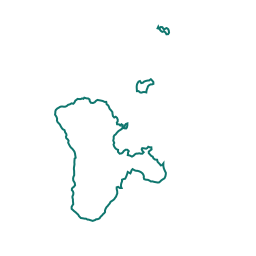 the district of Ilhabela, São Paulo, Brazil, rotated 318°
{"feature_id": "56859067B17407049512119", "entity_name": "Ilhabela", "entity_type": "district", "adm_level": 2, "iso_a3": "BRA", "parent_name": "Brazil", "parent_adm1": "São Paulo", "projection": "natural_earth1", "projection_center": [-45.279, -23.845], "detail": "fine", "context": "isolated", "style": "outline", "palette": "teal", "viewbox_px": 256, "rotation_deg": 318, "n_neighbors": 0, "source": "geoboundaries", "source_scale": "gbopen_adm2", "svg_char_len": 3945}
<svg xmlns="http://www.w3.org/2000/svg" viewBox="0 0 256 256"><g transform="rotate(318 128 128)"><path d="M124.3,124.5L124.7,123.1L126.0,122.4L125.6,120.8L123.9,120.9L123.8,119.4L122.4,117.9L123.4,116.4L124.6,116.3L125.9,115.0L126.6,113.2L126.4,111.4L124.8,111.0L124.8,109.0L126.1,106.9L127.0,105.8L127.2,103.7L127.2,101.4L127.8,99.9L128.4,98.0L128.0,96.1L129.3,94.0L128.1,93.0L127.3,91.0L126.0,89.2L125.0,87.9L124.1,86.7L122.3,86.4L120.5,86.6L118.7,86.0L117.3,84.4L117.6,82.4L118.5,81.0L118.2,79.5L116.9,78.1L115.8,76.2L114.4,76.5L113.7,75.3L112.3,74.9L111.0,73.8L110.0,72.6L108.6,72.6L107.2,72.4L105.3,73.2L103.6,73.4L102.5,71.9L100.6,71.5L99.0,70.7L97.4,70.7L95.9,70.3L94.7,69.4L93.8,68.3L92.7,67.3L91.5,66.8L90.2,66.6L88.5,66.2L86.4,66.3L85.2,67.0L84.0,68.2L82.7,69.3L82.5,70.8L82.2,72.2L81.5,73.7L80.2,74.9L79.6,76.6L79.7,78.4L79.7,79.9L79.2,81.6L78.8,83.5L78.7,85.2L79.4,87.1L78.4,89.2L78.2,91.0L77.5,92.2L76.0,93.0L75.3,94.4L75.6,96.2L75.3,97.7L73.7,98.9L73.1,101.0L72.7,102.7L72.5,104.2L72.7,106.1L72.6,107.8L72.4,109.6L71.6,111.4L70.4,113.2L69.2,115.1L67.9,115.0L66.4,116.4L65.1,117.7L64.0,119.1L62.7,120.2L61.4,121.2L60.3,122.3L59.3,123.8L57.8,125.5L56.4,127.1L54.9,127.7L53.5,128.7L52.2,130.4L51.7,133.1L50.4,135.1L48.4,135.5L46.9,135.3L45.7,135.6L44.7,136.6L44.7,138.2L44.0,139.7L42.7,140.9L41.0,141.6L40.1,142.6L39.3,144.2L38.2,145.4L37.3,146.7L36.3,148.0L35.0,148.3L33.3,148.9L32.0,150.4L32.2,152.0L32.3,153.6L32.7,155.7L32.8,157.3L33.0,159.0L32.6,160.8L32.7,163.3L34.1,165.0L35.1,166.4L36.1,167.3L36.6,168.9L37.5,169.8L38.6,171.7L39.6,173.4L40.8,173.9L42.0,174.4L43.2,174.5L44.5,175.5L46.4,176.1L48.3,175.6L50.4,175.6L51.8,175.3L53.2,175.4L54.7,175.1L55.7,173.9L57.4,173.0L59.3,172.4L60.6,172.4L61.9,172.1L63.7,171.9L65.7,171.2L67.6,171.5L69.2,171.7L70.5,171.6L71.9,171.2L73.2,171.0L74.5,170.3L76.2,169.5L77.8,167.6L78.8,165.7L79.9,164.5L81.3,165.1L81.7,167.0L83.1,168.3L83.7,166.7L84.6,165.7L86.0,164.6L87.8,163.7L89.0,162.4L90.7,163.1L92.0,163.8L94.2,162.9L96.3,161.8L98.4,160.5L99.4,163.3L100.8,162.7L102.3,161.8L103.9,161.6L104.6,163.9L105.3,165.1L106.4,166.2L107.4,167.8L108.1,169.6L108.4,171.5L108.1,173.1L107.5,174.5L106.5,175.4L105.8,176.9L106.8,178.5L108.1,179.8L108.8,181.5L109.2,183.0L110.5,184.1L111.5,185.7L112.5,187.0L113.5,188.3L114.6,189.2L116.3,189.3L117.7,189.2L119.2,189.4L121.4,189.8L123.5,188.9L125.1,187.7L126.1,186.7L126.8,184.3L127.6,182.0L128.9,179.8L130.6,178.0L128.5,178.4L127.3,177.7L127.5,176.1L127.4,174.5L127.4,172.8L128.4,171.1L127.0,169.6L126.6,167.7L127.2,165.8L126.6,164.3L126.6,162.7L126.6,160.6L127.7,159.4L129.1,159.5L131.1,159.7L132.4,158.0L131.3,157.0L130.5,155.5L128.9,155.8L127.6,155.5L126.2,153.7L125.1,152.5L124.0,152.9L123.4,154.5L123.4,156.5L121.5,156.7L120.2,155.5L119.4,154.3L118.2,153.6L116.9,152.5L115.4,152.2L113.6,152.3L111.8,151.9L110.9,149.6L109.7,148.0L110.8,147.1L111.8,146.1L113.1,145.7L113.0,143.8L111.8,142.6L110.5,142.4L109.3,142.3L107.8,142.7L106.3,142.6L104.6,141.5L104.6,139.0L106.0,137.6L105.2,136.0L105.1,133.9L105.5,132.1L106.2,130.6L107.8,129.9L108.6,127.5L110.4,126.2L111.6,124.8L113.0,124.3L114.5,124.5L116.5,124.1L118.9,123.9L120.6,124.2L122.3,124.5L124.3,124.5ZM167.9,103.5L168.3,101.1L166.9,100.6L165.4,101.0L163.9,101.6L162.5,102.7L161.4,103.9L160.5,105.1L159.3,106.6L160.5,107.6L160.9,109.9L161.8,110.8L163.3,111.4L164.6,112.6L165.4,113.8L166.8,112.6L167.9,111.9L169.4,111.2L170.7,110.4L172.2,110.3L173.9,110.7L175.1,111.7L176.4,112.2L177.6,110.8L177.7,108.9L177.6,107.0L175.5,106.8L174.4,105.9L172.8,105.0L171.1,104.3L169.3,104.3L167.9,103.5ZM217.6,75.1L217.4,77.8L217.8,79.5L219.3,80.2L219.8,81.9L219.3,84.1L220.6,85.1L222.3,84.6L223.4,83.0L224.0,81.5L223.6,79.6L222.3,79.1L220.7,79.1L220.7,77.6L221.0,76.1L220.0,74.9L217.6,75.1ZM124.3,124.5L125.4,126.2L126.4,127.1L127.6,126.8L129.3,125.6L130.6,124.2L129.1,123.6L127.6,123.9L126.4,124.7L124.3,124.5ZM217.6,75.1L218.3,73.0L216.7,73.7L217.6,75.1Z" fill="none" stroke="#0f766e" stroke-width="2"/></g></svg>